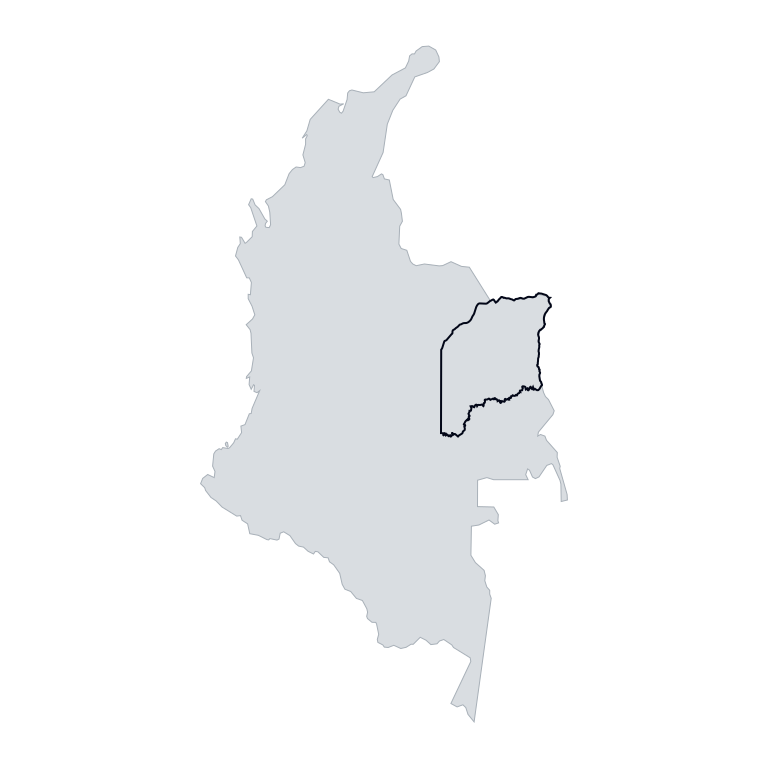 Colombia, with Vichada highlighted
{"feature_id": "COL-1427", "entity_name": "Vichada", "entity_type": "Commissiary", "adm_level": 1, "iso_a3": "COL", "parent_name": "Colombia", "parent_adm1": "", "projection": "equal_earth", "projection_center": [-69.078, 4.548], "detail": "fine", "context": "in_parent", "style": "outline", "palette": "ink", "viewbox_px": 768, "rotation_deg": 0, "n_neighbors": 0, "source": "natural_earth", "source_scale": "10m", "svg_char_len": 9705}
<svg xmlns="http://www.w3.org/2000/svg" viewBox="0 0 768 768"><path d="M433.9,69.0L427.4,72.5L414.8,76.9L406.0,95.8L400.1,99.1L392.8,110.3L387.3,124.2L383.1,152.5L372.2,176.6L373.1,177.6L377.4,176.6L381.5,173.9L382.9,174.7L384.4,178.9L389.3,180.0L393.2,199.5L400.6,209.4L401.4,213.2L402.4,221.3L399.7,226.2L398.9,244.1L401.2,248.5L406.8,250.3L410.5,261.4L412.8,264.0L416.2,265.7L424.4,264.0L439.2,265.9L442.7,265.6L451.0,261.7L461.5,266.4L469.3,267.2L490.4,300.8L492.5,299.9L495.2,301.8L500.5,298.4L505.1,297.8L511.2,299.5L519.2,299.5L535.2,296.1L537.6,294.1L546.4,296.1L549.0,298.6L550.2,304.8L549.2,308.7L546.2,312.6L544.5,317.7L544.2,323.8L542.6,328.3L539.8,331.2L538.7,335.5L539.3,341.1L537.8,366.5L539.0,368.6L539.9,379.0L543.6,392.6L545.4,396.5L548.5,399.6L554.2,410.8L552.9,414.6L538.4,432.1L537.7,436.1L540.5,434.5L544.9,436.1L546.5,440.3L557.3,452.5L557.1,457.2L560.2,466.3L559.7,468.4L567.1,494.5L567.4,500.0L561.2,501.5L560.9,484.0L560.0,480.4L553.0,464.9L551.5,463.6L546.8,465.4L539.0,476.9L535.4,478.6L532.5,477.0L529.5,470.2L527.6,468.9L525.7,474.6L528.1,479.7L493.6,479.7L486.9,477.6L477.6,480.2L477.5,506.6L493.8,507.0L498.3,514.6L497.9,520.7L498.6,522.9L494.7,524.2L489.0,520.0L478.9,525.0L471.4,526.2L470.9,555.3L475.4,562.6L484.1,570.4L485.4,575.7L484.8,580.7L486.8,587.0L489.7,590.3L489.7,594.1L491.2,598.3L474.1,721.9L468.0,714.4L465.8,707.6L462.9,704.8L457.1,706.9L450.9,703.5L470.8,661.5L470.2,657.8L453.5,647.5L451.8,644.9L443.8,639.5L439.5,641.0L437.0,643.8L430.9,644.6L426.0,640.2L420.2,637.3L413.2,644.3L411.1,644.2L406.1,647.3L400.8,648.5L393.8,645.3L388.2,647.5L384.3,647.1L382.8,644.9L377.9,642.4L377.3,639.5L378.7,634.3L376.6,624.1L375.8,622.4L372.0,622.3L367.5,618.6L366.7,616.4L367.6,612.2L366.8,608.7L362.4,600.5L356.4,598.4L350.7,591.5L344.9,589.2L342.2,584.3L339.7,573.3L333.7,564.8L329.5,561.8L328.1,557.8L323.8,557.4L317.9,551.8L315.3,551.4L313.5,554.0L308.1,551.3L303.5,547.1L298.7,546.1L295.5,543.6L289.9,535.6L283.7,531.8L280.2,533.2L279.0,539.1L277.0,540.1L269.9,538.6L268.7,539.9L266.9,539.6L258.3,535.3L249.8,533.7L247.6,523.8L242.1,520.3L240.5,515.6L236.7,516.1L222.1,507.1L216.1,500.9L211.0,497.5L205.6,490.5L204.7,487.7L200.6,483.7L202.7,478.4L207.7,474.5L214.2,477.6L215.0,471.5L212.6,466.1L213.8,453.9L215.5,451.1L219.1,448.7L221.3,449.6L222.7,447.6L228.0,448.5L229.6,447.7L233.7,442.8L235.5,438.8L237.3,439.2L241.6,432.6L240.9,426.1L245.0,424.6L249.3,413.8L251.2,413.5L252.1,408.4L259.7,390.6L257.0,392.7L254.0,391.4L254.5,385.4L253.6,384.7L251.2,389.3L249.1,384.6L249.7,377.0L246.3,378.4L246.5,376.7L251.4,370.9L253.5,357.8L251.9,353.0L251.0,333.3L250.1,329.6L246.2,324.7L252.5,319.0L254.8,314.8L252.0,306.1L248.2,298.7L248.2,294.3L250.4,294.7L251.4,282.5L249.3,277.9L246.7,277.8L238.4,259.8L235.5,256.0L237.8,247.4L240.3,243.6L239.8,237.0L241.5,237.3L245.1,243.3L246.5,242.4L252.2,236.7L252.4,231.5L256.9,226.0L250.7,207.6L248.6,204.7L251.2,198.8L252.7,199.1L255.1,204.9L259.0,208.6L264.8,218.9L267.3,221.2L265.5,223.5L265.1,225.9L265.9,227.3L269.2,227.6L270.6,224.8L269.8,212.3L268.4,206.0L265.4,201.6L266.4,199.8L272.4,196.7L284.8,184.8L289.1,173.7L292.4,169.6L296.1,167.0L300.6,167.6L304.1,166.2L305.2,162.6L302.9,154.9L305.6,144.3L305.6,138.9L307.3,135.7L306.7,134.5L302.2,138.2L306.9,130.8L310.2,119.4L328.4,99.3L340.0,104.1L343.7,103.8L338.9,106.3L338.1,109.2L339.8,112.3L341.5,113.2L343.1,111.2L347.1,99.5L347.7,93.0L349.4,90.8L351.9,90.0L363.3,92.8L374.2,91.8L392.0,75.0L405.4,67.9L408.7,61.0L409.6,55.9L412.0,53.9L414.5,53.9L416.1,51.0L422.2,46.6L428.8,46.1L435.7,50.0L438.9,56.9L439.4,61.6L433.9,69.0ZM228.2,446.3L227.4,447.2L225.8,445.6L225.3,443.6L226.3,442.1L227.5,442.6L228.2,446.3Z" fill="#d9dde1" stroke="#a8b0b8" stroke-width="1"/><path d="M549.9,297.8L549.1,298.6L548.8,299.1L548.7,299.7L548.7,301.2L549.8,303.6L550.6,304.3L550.8,305.1L550.9,306.1L550.8,306.8L550.4,307.2L549.3,307.8L548.9,308.1L547.5,310.2L547.2,310.9L545.4,313.2L544.7,314.6L544.2,316.2L543.9,318.0L543.9,319.8L544.3,322.2L544.3,323.0L545.0,324.0L544.9,324.5L544.3,325.4L544.0,326.8L543.8,327.1L543.5,327.2L543.2,327.5L542.6,328.3L542.4,328.5L541.5,329.0L540.8,329.8L540.7,329.9L540.4,329.8L540.2,329.8L539.1,331.1L538.4,332.7L538.1,334.4L538.4,335.9L538.7,336.6L538.9,337.2L539.0,337.9L539.0,338.9L538.9,339.2L538.7,340.2L538.6,340.7L538.6,341.6L538.8,342.4L539.0,342.8L539.5,343.6L539.6,343.9L539.6,344.3L539.3,344.8L539.2,345.0L539.3,346.8L539.2,347.6L538.8,349.2L538.6,350.7L538.6,351.7L538.7,351.9L539.0,352.9L539.0,353.4L538.9,353.9L539.0,354.3L538.8,355.1L538.7,356.9L538.5,357.5L538.2,358.2L538.1,359.0L538.0,361.3L537.8,362.4L537.8,363.7L537.8,364.1L537.6,364.4L537.4,364.6L537.2,364.9L537.2,365.4L537.3,365.9L537.5,366.3L537.7,366.6L538.0,366.8L538.0,366.6L538.6,367.1L538.8,367.6L539.0,369.1L539.5,369.4L539.6,369.6L539.7,370.0L539.5,370.5L539.4,370.9L539.5,371.4L540.0,372.3L540.1,372.8L540.0,373.3L539.4,374.6L539.3,376.2L539.5,377.5L539.7,378.8L539.9,380.0L540.1,380.8L540.7,381.4L541.2,382.2L541.5,383.6L541.8,384.0L542.0,384.8L541.9,385.4L541.4,385.8L541.0,386.2L539.5,388.9L538.3,390.1L537.1,390.2L536.0,389.6L534.9,388.8L534.2,389.4L533.8,389.7L533.4,389.6L533.2,389.1L533.2,387.7L533.0,387.1L532.3,388.6L531.9,388.9L531.4,388.3L530.9,387.2L530.6,386.8L530.2,387.0L530.0,387.5L529.6,388.5L529.4,388.9L528.7,390.0L528.3,390.3L527.9,390.2L527.7,389.9L527.8,389.5L528.0,389.1L528.1,388.7L527.7,388.2L527.0,388.5L525.8,389.4L525.6,388.8L525.5,387.8L525.3,387.0L524.7,386.6L523.4,386.3L522.7,386.3L522.3,386.6L522.3,387.3L522.7,387.9L522.8,388.3L522.5,388.9L522.3,389.5L522.2,390.2L521.9,390.4L520.6,390.5L520.0,390.6L519.8,391.1L519.9,391.6L520.2,392.2L519.9,392.2L519.6,392.3L519.3,392.7L519.1,393.1L518.2,393.4L517.7,393.9L517.3,394.5L517.1,395.2L516.9,395.4L516.6,395.2L516.3,394.9L515.9,394.9L515.6,395.1L515.4,395.5L515.0,395.8L514.0,395.9L513.5,395.7L513.0,395.4L512.6,395.3L512.0,396.1L511.1,396.3L511.1,397.3L511.0,397.8L510.6,398.0L509.4,397.7L509.0,398.1L509.1,398.9L509.2,399.7L508.5,399.7L508.1,399.1L507.8,398.9L507.5,399.0L506.5,399.7L506.1,399.7L505.8,399.6L505.8,399.2L505.7,399.1L505.3,398.9L505.1,399.0L504.9,399.1L504.7,399.7L504.8,401.3L504.4,401.7L502.4,401.3L502.0,401.1L501.7,401.5L501.3,402.4L501.0,402.7L500.5,402.9L500.3,402.7L500.1,402.4L500.0,402.2L500.1,401.0L499.8,401.0L499.3,400.5L499.0,400.3L498.7,400.4L498.0,401.1L497.7,401.2L497.7,400.5L497.6,400.3L497.5,400.1L496.9,399.8L496.6,399.2L496.4,399.2L496.0,399.2L495.7,399.2L495.5,398.9L495.2,398.3L494.8,398.1L494.4,398.2L494.2,398.6L494.2,399.2L493.9,399.3L493.4,398.8L492.8,398.7L491.7,399.3L491.0,399.4L490.5,399.6L490.3,399.8L490.0,399.6L489.7,399.2L489.4,398.8L488.9,398.6L488.4,398.8L487.5,399.4L486.8,399.5L486.1,399.6L485.6,399.5L485.1,399.6L484.8,399.8L484.7,400.2L484.9,400.6L485.0,400.9L484.8,402.6L484.3,403.1L483.9,403.1L483.7,403.5L483.6,405.7L483.4,406.1L483.1,405.9L482.6,405.2L482.0,404.6L481.5,404.6L480.9,404.8L480.2,405.0L478.1,404.9L477.6,405.0L477.3,405.8L477.1,406.1L476.8,405.3L476.5,404.9L476.3,404.7L475.7,404.8L475.3,405.1L475.0,405.6L474.2,407.2L473.5,407.0L473.2,406.8L473.1,406.5L472.8,406.2L472.0,406.1L471.2,406.2L470.6,406.3L470.8,406.8L471.4,408.0L471.3,408.7L471.0,410.4L470.7,410.8L469.5,410.8L469.4,411.8L469.3,412.0L469.2,412.5L469.0,412.9L468.5,413.6L468.6,414.1L468.8,414.7L469.2,415.1L469.5,415.6L469.6,415.9L469.5,416.1L469.0,416.2L468.8,416.5L468.8,417.2L469.2,418.3L469.3,418.9L469.2,419.4L468.9,419.6L468.7,419.5L468.5,418.8L468.4,418.5L468.3,418.4L468.1,418.6L468.1,419.2L468.2,419.7L468.1,420.1L467.8,420.3L467.5,420.2L467.1,419.7L466.8,419.9L466.7,420.2L466.0,420.8L465.6,421.2L464.9,422.3L464.4,423.5L463.9,424.1L463.8,424.3L463.9,424.5L464.6,424.7L464.9,424.8L465.1,425.1L465.2,425.5L465.1,425.9L464.7,426.1L464.4,426.3L464.3,426.5L464.4,426.9L464.6,427.5L464.8,428.4L464.8,429.3L464.6,430.1L463.0,431.4L462.8,431.8L462.6,432.8L462.2,433.4L461.5,433.9L459.0,435.4L458.0,436.5L455.2,434.1L454.7,434.0L454.1,434.0L453.7,434.5L452.7,433.3L452.4,433.0L452.1,433.0L452.0,433.3L452.1,433.6L452.3,434.0L452.4,434.5L452.4,434.9L452.2,435.2L450.9,436.5L450.7,436.5L450.6,435.6L450.5,435.3L450.3,435.2L449.9,435.3L449.5,435.7L449.1,436.0L448.6,436.2L448.3,436.0L447.9,435.1L447.5,434.7L447.0,434.7L446.2,435.2L446.2,434.5L446.2,434.0L445.8,433.5L445.5,433.5L445.4,433.9L445.4,434.4L445.2,434.7L444.9,434.4L444.6,433.7L444.1,433.1L443.8,433.2L443.7,433.6L443.8,434.3L443.8,434.8L443.7,435.2L443.5,435.3L443.3,435.1L443.3,434.7L443.4,433.9L443.3,433.6L442.7,433.4L442.2,433.3L441.7,432.9L441.0,433.0L441.2,349.7L441.5,349.3L442.2,348.1L444.2,341.7L444.6,341.0L445.8,340.5L446.4,340.2L451.7,334.0L452.2,333.7L452.4,333.3L452.5,331.4L452.7,330.6L453.2,330.0L454.5,329.3L455.0,328.9L455.7,328.2L457.7,326.8L459.6,324.8L460.2,324.5L460.9,324.4L462.8,323.4L463.9,323.1L466.3,323.0L467.5,322.6L468.4,322.1L469.4,321.3L470.4,320.3L471.1,319.3L472.1,317.2L472.3,316.6L473.5,314.8L474.1,313.7L476.2,307.1L476.9,305.7L477.8,304.4L478.6,303.7L479.6,303.4L486.0,303.7L487.2,303.3L490.2,300.9L491.0,300.6L492.5,299.7L493.3,299.5L493.9,299.9L495.2,301.9L495.8,302.6L497.6,301.3L499.3,299.0L500.0,298.5L500.8,297.4L501.4,297.0L502.1,297.0L502.8,297.2L503.9,297.9L504.4,297.7L505.1,297.9L505.8,298.2L506.5,298.4L508.4,298.3L509.0,298.4L511.0,299.2L511.6,299.3L512.3,299.5L513.5,300.3L514.2,300.4L514.6,300.1L515.4,299.2L515.8,299.0L517.6,298.8L519.8,298.0L520.5,297.9L521.1,298.0L523.1,298.7L524.2,298.7L527.6,297.0L528.9,296.8L532.8,297.3L534.0,297.0L535.1,296.6L535.6,296.4L535.9,296.1L536.0,295.6L536.1,295.2L536.2,294.7L536.6,294.6L537.0,294.6L537.3,294.5L537.6,294.2L538.2,293.4L538.6,293.2L538.8,293.2L539.4,293.4L541.5,293.6L546.2,295.1L547.1,295.8L547.9,296.8L548.7,297.7L549.9,297.8Z" fill="none" stroke="#020617" stroke-width="2"/></svg>